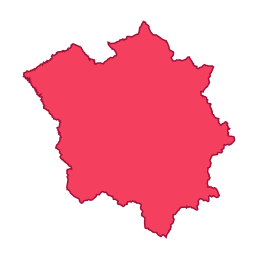 Nyamagabe, Southern, Rwanda, rotated 273°
{"feature_id": "39286606B14277660644276", "entity_name": "Nyamagabe", "entity_type": "district", "adm_level": 2, "iso_a3": "RWA", "parent_name": "Rwanda", "parent_adm1": "Southern", "projection": "orthographic", "projection_center": [29.511, -2.4], "detail": "fine", "context": "isolated", "style": "filled", "palette": "rose", "viewbox_px": 256, "rotation_deg": 273, "n_neighbors": 0, "source": "geoboundaries", "source_scale": "gbopen_adm2", "svg_char_len": 5788}
<svg xmlns="http://www.w3.org/2000/svg" viewBox="0 0 256 256"><g transform="rotate(273 128 128)"><path d="M197.9,52.3L196.4,50.5L197.2,48.7L195.4,47.9L194.9,48.5L193.6,48.5L192.8,47.8L192.8,47.1L191.8,46.9L191.8,46.2L190.7,45.4L191.0,44.4L190.1,44.0L190.6,43.6L189.6,43.3L190.0,42.8L188.4,41.6L189.2,40.3L186.8,39.4L187.4,39.1L187.0,37.1L186.1,37.0L184.2,34.2L182.7,33.2L182.5,32.0L181.7,31.3L181.3,31.6L181.1,30.5L181.5,30.2L180.5,29.4L180.6,28.1L179.6,27.6L179.2,26.0L179.7,24.1L178.6,23.8L177.7,21.3L176.4,21.0L174.9,21.5L173.9,21.0L173.3,23.2L172.4,22.9L171.9,23.5L172.9,25.1L172.1,25.7L171.3,25.7L171.1,24.9L170.3,25.3L171.2,26.9L172.2,27.3L170.6,27.6L170.0,26.9L169.3,27.9L168.7,26.8L167.5,29.0L165.8,29.3L165.0,30.4L163.7,30.9L163.7,31.8L162.6,32.5L162.8,33.3L161.9,33.0L161.5,33.8L160.7,33.6L160.9,34.6L159.4,34.2L158.9,35.8L158.1,35.2L157.0,35.3L156.0,36.8L156.9,39.1L155.6,38.4L155.3,37.4L154.5,38.5L154.3,40.6L152.3,40.0L152.0,40.3L151.5,39.6L150.8,40.6L149.9,40.7L149.9,41.4L147.0,42.3L146.0,43.6L146.2,44.1L145.0,42.7L143.3,42.9L142.8,44.7L141.3,46.6L141.6,47.2L141.1,47.7L139.8,48.7L138.7,48.6L136.7,51.5L135.0,51.8L134.5,53.0L133.1,53.6L133.4,54.1L132.3,56.3L133.0,57.3L131.8,59.6L131.2,59.0L130.2,60.5L129.1,59.5L125.7,59.5L124.4,57.1L122.8,58.2L121.7,58.3L121.1,59.3L120.1,58.8L119.7,59.3L118.6,59.2L119.3,60.3L117.1,60.4L115.3,61.7L114.6,60.6L111.2,60.6L110.6,59.8L108.0,58.7L107.3,57.7L104.3,56.9L102.7,60.2L101.2,61.0L99.9,61.0L97.7,63.1L95.8,61.7L94.6,62.2L93.0,63.8L93.2,64.6L92.6,64.6L92.1,65.6L91.0,66.3L91.2,67.1L90.2,67.6L89.1,69.7L88.4,69.9L88.5,70.5L87.3,70.8L86.7,71.9L86.8,73.0L85.8,73.5L83.9,73.8L84.5,72.6L83.3,70.3L83.4,69.6L82.4,69.3L79.5,69.4L77.6,70.9L76.0,69.7L73.9,70.9L65.2,70.0L64.0,70.7L63.3,70.5L63.1,71.9L61.3,73.5L60.2,73.8L56.7,78.1L54.7,82.9L52.1,83.6L50.7,85.2L50.5,85.7L51.1,86.7L52.9,87.7L53.7,90.0L53.5,91.0L54.6,92.5L54.0,94.2L54.2,95.7L57.7,99.6L59.7,100.3L59.9,102.8L62.7,104.9L63.2,106.6L62.4,107.7L62.7,109.7L60.4,111.1L59.7,112.2L59.5,114.0L58.6,115.7L58.9,116.4L56.0,117.2L56.1,119.3L54.4,121.9L52.5,121.4L51.8,121.7L51.1,122.9L51.4,123.9L49.4,127.2L49.6,127.9L51.2,129.0L51.9,131.2L53.5,131.0L54.2,131.6L54.3,133.0L54.9,133.8L54.2,135.1L55.4,136.6L54.3,138.7L55.0,139.5L53.5,140.3L53.5,142.9L52.2,145.3L49.0,144.7L47.3,145.3L46.4,146.6L45.0,147.1L43.5,146.2L41.4,146.2L39.2,149.6L34.5,149.5L29.2,150.3L28.6,151.7L28.7,153.6L27.6,154.1L26.7,156.6L25.4,158.2L25.0,162.1L23.0,163.5L21.7,165.8L21.3,166.6L23.3,168.3L22.8,169.7L20.8,171.8L23.5,172.3L27.5,174.7L27.9,174.3L29.0,175.7L29.6,175.5L30.6,176.1L33.7,175.9L35.5,177.9L39.5,178.8L40.3,177.8L43.5,177.6L44.2,179.5L45.5,180.6L47.7,181.9L49.0,183.4L50.0,183.6L51.7,185.5L51.6,187.4L52.1,188.9L51.2,190.6L52.6,190.9L52.0,191.4L52.5,195.2L51.5,196.1L51.8,197.0L49.9,200.2L49.9,201.6L50.8,201.9L53.6,200.9L55.1,202.3L57.0,202.4L58.2,201.8L60.6,202.9L61.2,204.6L60.3,206.6L59.5,207.2L59.9,210.1L58.8,211.3L58.9,212.0L59.6,212.6L63.7,212.2L64.8,213.2L63.6,215.3L64.8,216.7L63.2,220.4L64.1,222.1L65.9,222.7L66.6,221.8L69.7,220.8L72.3,218.8L72.8,217.6L72.4,216.8L72.8,214.9L73.5,214.1L73.4,210.7L74.2,211.0L76.1,210.2L79.3,210.2L80.5,210.8L80.5,211.5L82.5,212.5L84.1,211.5L85.3,211.6L88.2,209.8L92.5,210.1L92.7,211.3L94.2,212.2L97.4,212.7L100.1,211.4L105.3,213.6L106.2,218.7L107.3,218.6L108.2,219.2L108.2,222.7L109.6,223.5L111.1,222.3L112.4,224.7L116.3,225.0L116.0,226.1L116.9,228.8L116.3,229.8L117.5,232.0L120.7,234.8L122.3,235.0L124.6,234.3L125.2,231.6L124.9,229.8L125.9,228.4L126.7,228.6L127.4,227.9L128.3,228.8L129.6,227.7L131.1,227.7L131.8,228.3L132.2,228.1L132.1,229.1L132.6,229.6L133.5,228.2L135.4,227.5L136.1,226.6L136.7,226.5L137.5,227.3L139.0,226.1L139.3,225.3L138.8,224.4L138.1,224.0L137.2,222.2L135.6,220.5L138.2,218.2L139.3,218.3L140.2,217.8L142.1,218.1L142.6,215.2L143.8,213.6L145.7,212.8L146.0,211.5L149.0,211.2L149.2,210.7L151.4,210.3L153.2,209.0L155.3,208.9L156.0,209.5L156.6,209.2L156.7,206.8L157.4,206.0L158.7,205.5L159.7,206.1L160.6,205.9L160.9,204.9L162.1,204.8L163.1,203.9L163.6,201.9L163.3,201.2L164.1,201.1L164.7,199.4L168.1,198.8L168.0,201.2L168.8,201.1L172.1,203.3L173.3,204.9L177.6,207.0L182.0,205.7L184.1,207.4L186.7,207.0L187.7,208.2L193.5,210.2L194.4,208.7L194.0,206.2L194.7,202.2L195.3,201.2L194.5,199.9L192.9,198.8L192.0,196.2L191.3,195.9L191.0,194.4L191.9,193.1L193.1,193.5L193.2,192.1L194.4,190.1L195.7,190.0L195.6,189.5L197.2,188.8L201.0,185.9L202.1,185.6L202.0,184.2L199.7,182.3L198.2,179.1L198.1,178.1L198.8,176.0L198.4,175.3L198.5,173.0L197.3,171.6L197.3,170.1L198.1,168.8L200.4,167.4L203.0,169.3L205.5,169.6L206.5,169.1L207.6,166.3L208.7,165.2L212.0,164.3L215.8,162.4L216.2,161.5L217.0,161.6L218.1,158.1L222.3,151.6L222.4,148.0L225.5,145.3L228.8,143.7L230.4,143.6L231.7,142.5L233.0,140.3L234.4,140.0L235.2,137.8L231.7,136.1L230.9,136.1L229.0,134.5L224.1,134.0L222.0,133.1L222.0,131.6L219.0,126.8L219.5,124.4L219.3,122.3L216.6,121.6L216.4,119.3L215.6,119.1L216.5,118.0L215.5,116.4L215.6,115.5L214.4,114.9L213.3,112.1L212.0,110.4L211.4,105.9L212.2,105.0L212.6,103.6L210.4,104.0L207.4,106.7L206.5,108.3L206.0,108.1L205.7,109.8L203.3,111.8L200.7,112.8L199.6,112.5L199.3,110.8L197.3,109.3L197.5,107.0L196.6,105.7L196.1,105.7L195.8,104.5L194.5,103.6L192.8,101.2L190.8,99.9L191.5,96.9L191.2,94.0L190.3,92.8L190.6,92.6L190.1,92.4L190.4,91.2L192.5,91.0L192.8,90.5L193.6,91.1L194.1,90.9L195.0,86.9L194.5,86.6L195.0,86.1L194.5,86.0L195.3,85.7L195.0,85.4L197.8,84.3L197.9,83.3L198.8,82.9L198.7,82.3L199.9,80.8L200.5,81.0L202.0,79.3L206.2,76.7L209.2,68.7L207.9,67.2L207.6,67.6L207.0,66.9L205.7,66.9L204.6,65.8L204.6,64.4L203.1,64.1L203.5,63.5L202.3,63.0L201.9,61.5L201.5,61.3L201.8,59.9L201.2,60.0L201.6,59.1L201.2,58.9L201.6,58.7L200.8,57.4L200.4,54.4L199.6,52.9L199.0,53.2L199.1,52.7L197.9,52.3Z" fill="#f43f5e" stroke="#9f1239" stroke-width="1.5"/></g></svg>